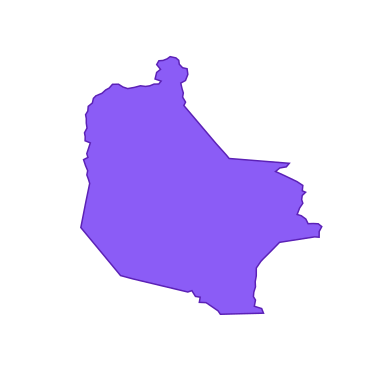 Aliança, Pernambuco, Brazil, rotated 300°
{"feature_id": "56859067B36820916945585", "entity_name": "Aliança", "entity_type": "district", "adm_level": 2, "iso_a3": "BRA", "parent_name": "Brazil", "parent_adm1": "Pernambuco", "projection": "orthographic", "projection_center": [-35.173, -7.607], "detail": "fine", "context": "isolated", "style": "filled", "palette": "violet", "viewbox_px": 384, "rotation_deg": 300, "n_neighbors": 0, "source": "geoboundaries", "source_scale": "gbopen_adm2", "svg_char_len": 1513}
<svg xmlns="http://www.w3.org/2000/svg" viewBox="0 0 384 384"><g transform="rotate(300 192 192)"><path d="M227.3,60.7L223.8,59.8L219.3,61.2L214.3,59.3L210.0,61.3L205.7,61.2L202.8,63.7L198.8,66.0L194.9,69.1L189.5,69.3L186.6,71.8L182.9,73.8L183.7,79.4L178.4,80.5L172.6,81.7L169.9,84.6L165.8,81.9L161.7,86.5L158.3,91.0L154.2,92.4L151.1,96.1L148.3,99.1L130.4,105.0L105.6,113.5L102.5,121.9L95.3,141.3L83.9,171.9L87.2,184.3L103.3,238.4L106.5,241.2L103.3,247.2L105.0,251.7L100.1,253.5L103.2,259.5L102.7,266.6L102.1,274.0L100.3,277.7L111.7,296.3L114.2,300.4L122.8,314.5L125.9,310.6L124.2,303.1L130.2,301.0L132.1,297.5L136.2,295.6L141.6,294.4L145.9,291.6L151.5,289.6L158.3,285.7L166.2,286.3L169.7,287.1L180.4,290.0L192.2,293.0L214.5,320.7L216.4,324.7L221.4,321.9L226.9,321.7L227.6,317.2L225.3,312.7L222.6,308.4L225.5,304.1L226.1,298.5L225.1,294.3L231.9,293.2L237.7,293.6L240.2,290.8L244.1,289.2L248.6,290.5L248.2,286.9L253.1,284.7L253.5,277.7L252.4,263.4L251.5,254.1L256.7,256.0L260.9,261.1L265.5,261.9L239.6,207.4L241.2,203.2L245.9,188.8L262.8,141.7L266.6,141.5L269.5,136.4L273.4,135.0L276.3,131.9L280.7,127.8L285.3,130.6L291.8,129.6L296.3,126.1L294.9,121.7L296.3,117.1L299.4,114.7L300.1,111.0L298.3,105.4L294.9,103.9L291.5,101.2L289.1,97.7L284.7,97.7L282.5,103.4L277.9,101.6L271.4,103.5L272.6,109.8L268.9,109.2L266.4,105.1L262.9,102.4L260.2,99.0L258.2,94.2L253.8,89.8L249.4,84.6L248.4,79.7L248.6,74.4L245.5,69.3L240.6,68.3L237.2,66.2L232.5,64.7L227.3,60.7Z" fill="#8b5cf6" stroke="#5b21b6" stroke-width="1.5"/></g></svg>